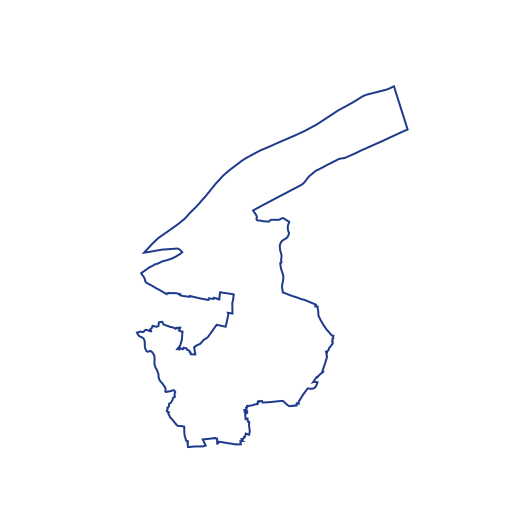 the district of Chau Thanh, Trà Vinh, Vietnam, rotated 287°
{"feature_id": "81297802B55022771369511", "entity_name": "Chau Thanh", "entity_type": "district", "adm_level": 2, "iso_a3": "VNM", "parent_name": "Vietnam", "parent_adm1": "Trà Vinh", "projection": "mercator", "projection_center": [106.348, 9.881], "detail": "fine", "context": "isolated", "style": "outline", "palette": "blue", "viewbox_px": 512, "rotation_deg": 287, "n_neighbors": 0, "source": "geoboundaries", "source_scale": "gbopen_adm2", "svg_char_len": 6020}
<svg xmlns="http://www.w3.org/2000/svg" viewBox="0 0 512 512"><g transform="rotate(287 256 256)"><path d="M53.4,246.9L55.9,253.1L58.4,260.8L60.0,263.3L65.0,258.7L69.2,268.6L69.4,268.6L70.0,270.2L70.0,270.4L69.7,270.5L70.0,272.2L65.3,273.7L65.7,274.5L66.6,274.2L66.9,274.6L67.5,274.5L68.3,279.8L68.2,280.1L68.7,282.4L68.7,283.7L69.0,285.0L69.9,291.8L71.5,296.6L74.3,295.2L75.2,297.3L75.4,296.6L76.7,295.7L77.1,297.0L78.0,297.3L79.3,297.4L79.4,298.2L83.2,298.2L83.0,301.6L85.5,301.5L87.1,301.1L92.9,298.4L94.8,298.3L95.5,297.8L95.3,296.6L98.1,295.4L97.0,293.8L101.1,292.0L101.9,291.9L102.1,292.3L102.7,292.3L102.9,292.9L103.2,293.0L103.6,293.4L104.5,293.1L103.5,290.8L105.3,289.9L106.2,291.9L108.0,290.8L108.6,291.8L110.0,291.3L110.3,291.8L110.1,292.0L110.2,292.5L110.8,293.4L112.6,297.0L113.5,297.8L114.8,300.8L115.8,300.3L116.8,301.2L117.5,300.5L117.9,300.7L118.9,303.9L119.1,304.2L117.8,305.0L119.4,309.7L122.3,316.7L124.2,321.1L125.3,324.2L122.7,329.6L122.2,331.4L122.2,332.2L123.0,333.5L123.2,334.8L123.9,335.3L124.0,336.7L124.4,336.8L124.8,338.5L127.0,338.0L127.3,340.1L128.5,339.6L129.5,339.5L133.8,340.7L136.5,341.3L144.4,344.1L144.6,344.4L144.9,346.8L145.5,348.5L146.1,349.6L147.2,350.7L149.4,351.5L153.2,351.8L153.1,350.6L152.6,348.2L152.1,347.5L157.9,349.4L158.0,350.2L159.7,350.8L162.0,352.1L164.3,353.8L165.1,354.2L165.4,353.9L165.3,353.2L175.9,353.5L180.2,353.4L180.9,353.2L182.2,352.2L184.7,352.2L184.8,352.1L184.4,351.2L185.0,350.9L185.4,351.5L186.7,352.7L187.6,352.9L189.6,352.9L190.9,353.7L193.0,354.2L194.4,355.0L196.4,354.4L196.4,353.9L199.2,353.4L199.5,353.9L202.4,353.3L202.1,352.3L202.2,351.6L205.6,346.3L206.2,345.1L209.5,341.0L213.4,336.7L217.2,333.2L222.2,331.3L223.8,330.3L225.7,329.7L225.8,329.4L225.2,327.4L227.0,327.5L228.2,315.2L228.1,313.3L228.1,310.3L228.3,308.5L228.4,300.9L229.0,293.4L229.0,292.2L231.1,291.4L233.5,290.1L235.5,289.5L238.4,289.3L243.0,288.6L245.9,287.4L251.1,283.7L254.9,281.8L256.5,281.3L256.9,282.1L257.5,282.2L259.4,281.1L261.3,280.9L263.3,280.5L264.1,280.2L267.0,278.5L267.5,278.0L268.4,277.5L270.0,276.9L270.3,276.6L271.4,276.2L273.1,275.7L275.6,275.7L276.9,276.2L277.2,276.1L277.7,276.3L279.5,277.6L280.9,279.0L282.8,280.4L283.1,280.6L284.0,280.6L284.9,280.9L286.1,281.0L287.2,281.0L288.4,280.3L289.0,279.8L290.7,278.7L292.6,278.0L295.0,277.6L296.4,277.7L298.3,277.9L298.6,277.2L298.9,275.6L300.1,271.5L300.2,270.9L299.3,269.3L298.0,268.2L297.1,266.8L295.2,260.3L294.7,259.5L292.7,258.2L292.4,257.9L292.3,256.5L291.4,253.2L291.2,250.2L290.6,247.8L290.5,247.1L290.7,246.3L291.2,245.8L291.8,245.6L293.0,245.6L294.4,244.9L295.3,244.1L298.7,239.9L306.7,247.7L337.2,278.5L339.0,279.9L341.0,280.9L345.1,282.4L348.1,283.7L353.7,287.4L355.6,288.9L357.6,291.2L359.5,293.0L360.2,293.9L362.2,295.7L372.7,306.6L373.7,307.9L375.1,311.1L376.1,312.7L383.8,321.6L386.8,324.7L401.7,341.9L419.1,361.3L420.3,362.9L421.3,364.0L458.6,338.3L454.5,333.8L453.1,331.9L442.8,314.9L440.3,311.7L438.2,309.8L434.2,306.4L430.6,303.1L419.2,292.0L399.6,275.7L390.4,266.6L383.0,258.4L368.9,241.8L365.5,238.0L357.9,228.9L346.7,217.8L342.9,214.6L329.3,204.8L323.1,201.0L317.7,198.5L314.5,196.8L297.6,190.0L294.8,188.6L288.0,185.6L285.2,184.2L279.0,180.8L271.1,177.1L264.3,172.6L254.0,164.7L244.6,157.3L237.6,153.4L226.5,148.0L228.2,151.7L234.5,164.0L240.2,178.8L240.2,179.8L239.5,181.8L238.7,183.5L238.0,184.4L235.4,182.5L231.9,179.4L228.9,176.2L227.1,173.7L224.3,169.5L223.5,168.0L220.3,164.6L218.1,161.4L216.4,160.0L213.7,157.1L208.5,153.2L206.0,151.2L202.2,155.9L199.3,157.6L198.8,158.2L198.3,159.3L197.2,165.1L195.9,170.3L195.4,173.1L193.4,181.7L194.3,181.8L194.7,183.0L194.9,182.9L195.1,183.2L195.0,183.5L196.6,188.7L197.2,191.0L197.2,191.9L196.8,193.5L197.3,193.6L197.4,194.7L196.8,194.9L196.2,195.2L196.5,198.5L197.6,204.6L198.4,204.4L198.5,205.1L199.0,213.8L200.0,223.0L200.1,223.4L201.7,223.3L202.6,228.0L203.7,228.0L203.9,231.6L203.6,231.7L203.7,232.7L203.7,233.6L210.8,232.2L210.9,232.4L211.1,234.5L212.6,244.2L212.8,245.9L212.7,246.0L207.3,246.9L204.0,247.1L194.1,250.3L193.5,245.8L192.9,246.3L190.9,246.7L185.0,247.3L179.5,247.6L178.7,238.5L164.1,233.6L160.3,230.4L159.3,229.9L155.9,228.5L152.2,224.4L151.8,224.5L151.2,224.2L150.7,223.5L144.1,226.7L143.8,225.8L143.0,222.3L144.6,221.6L144.6,220.7L145.9,220.2L146.2,217.3L147.3,216.7L147.1,213.6L145.9,213.6L145.4,213.3L145.8,210.1L144.3,210.2L143.9,207.9L148.1,209.6L154.1,209.6L162.2,207.8L161.9,206.7L162.2,204.2L165.3,204.5L165.2,203.7L164.6,202.5L164.2,202.4L164.2,201.8L163.9,201.7L164.0,200.7L162.9,200.4L163.3,198.1L163.4,196.4L163.0,194.6L163.3,193.3L163.3,190.5L163.5,187.9L163.6,187.6L165.6,185.6L165.1,184.4L164.1,182.5L161.0,183.1L160.3,183.1L159.7,182.0L159.3,181.6L159.2,181.4L159.1,178.1L158.9,177.5L157.5,177.6L156.7,177.4L155.4,176.5L155.0,176.3L154.6,176.3L153.8,177.6L153.6,177.8L153.3,177.7L153.2,177.4L153.1,176.6L153.4,173.7L153.2,172.4L153.0,171.9L152.1,171.2L150.9,170.9L150.5,170.6L150.2,170.2L150.0,169.5L150.0,168.0L149.9,167.5L147.9,164.6L146.3,166.2L145.4,167.4L145.1,168.5L144.9,170.6L144.4,172.2L143.7,173.2L142.3,174.2L141.0,174.8L136.9,176.2L135.4,177.0L133.2,178.7L132.9,179.3L132.8,180.1L133.0,180.8L134.2,182.6L134.3,183.2L134.0,184.1L133.3,185.3L131.4,187.6L130.8,188.0L127.7,189.2L125.0,189.8L123.4,190.4L122.5,190.7L121.4,191.4L119.5,192.9L118.6,194.1L114.4,197.3L111.2,198.5L109.7,199.5L108.0,201.5L106.8,203.6L105.1,205.8L103.7,207.5L103.1,208.0L101.7,208.6L100.2,208.8L99.7,209.2L99.6,209.5L99.8,210.0L101.1,212.3L101.2,212.9L103.6,216.4L103.6,217.0L102.3,218.6L101.4,218.4L99.9,218.5L97.5,219.6L97.0,219.2L96.8,218.6L96.4,218.4L96.0,218.2L93.5,218.2L91.1,217.6L90.0,216.9L89.3,216.3L89.3,216.1L88.9,216.0L86.6,216.8L85.1,215.6L84.7,215.7L83.9,216.3L82.1,215.9L81.3,216.2L81.1,216.4L81.3,217.6L81.1,218.4L80.8,218.5L79.8,218.3L79.3,218.4L78.0,219.8L77.6,220.4L76.6,221.0L75.1,223.8L71.3,229.4L70.8,230.7L70.8,231.3L71.7,235.3L71.8,237.3L66.1,239.1L63.1,240.4L59.0,243.3L59.1,244.8L58.4,245.2L58.2,244.9L57.5,245.3L57.4,245.1L53.4,246.9Z" fill="none" stroke="#1e3a8a" stroke-width="2"/></g></svg>